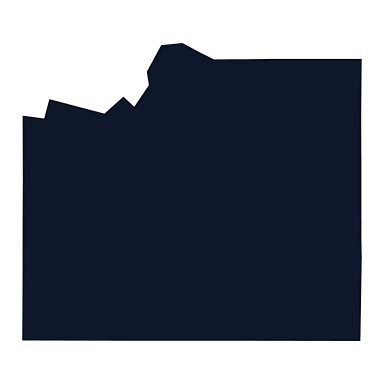 Johnson, Kansas, United States of America (Robinson projection)
{"feature_id": "52423323B40551839125356", "entity_name": "Johnson", "entity_type": "district", "adm_level": 2, "iso_a3": "USA", "parent_name": "United States of America", "parent_adm1": "Kansas", "projection": "robinson", "projection_center": [-94.748, 38.9], "detail": "fine", "context": "isolated", "style": "filled", "palette": "ink", "viewbox_px": 384, "rotation_deg": 0, "n_neighbors": 0, "source": "geoboundaries", "source_scale": "gbopen_adm2", "svg_char_len": 814}
<svg xmlns="http://www.w3.org/2000/svg" viewBox="0 0 384 384"><path d="M23.4,116.5L23.6,179.6L23.4,219.6L23.3,286.3L23.0,339.7L127.4,340.0L134.3,340.0L162.2,340.0L218.2,340.0L246.0,340.0L359.6,340.2L359.6,337.8L359.7,336.2L360.7,273.3L360.9,259.9L361.0,258.2L360.6,240.1L360.6,233.0L360.6,227.3L360.7,222.2L360.7,221.7L360.6,221.0L360.6,220.0L360.6,206.6L360.6,202.2L360.6,200.0L360.6,193.0L360.6,159.5L360.6,158.0L360.6,157.9L360.7,157.5L360.5,155.1L360.5,153.2L360.5,139.7L360.4,119.6L360.4,116.8L360.6,92.9L360.9,59.7L324.4,59.7L315.6,59.7L301.5,59.7L287.4,59.7L270.0,59.7L247.2,60.0L245.5,60.0L231.4,60.0L224.3,60.1L213.7,60.2L199.9,53.3L182.2,43.8L161.7,45.9L147.6,71.9L149.7,85.3L134.4,108.0L123.4,97.7L104.6,114.5L49.9,100.1L44.8,119.4L23.4,116.5Z" fill="#0f172a" stroke="#020617" stroke-width="1.5"/></svg>